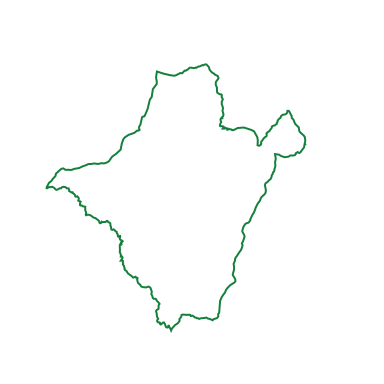 Campohermoso, Boyacá, Colombia (Mercator projection), rotated 331°
{"feature_id": "7082276B14856553435658", "entity_name": "Campohermoso", "entity_type": "district", "adm_level": 2, "iso_a3": "COL", "parent_name": "Colombia", "parent_adm1": "Boyacá", "projection": "mercator", "projection_center": [-73.141, 5.004], "detail": "fine", "context": "isolated", "style": "outline", "palette": "green", "viewbox_px": 384, "rotation_deg": 331, "n_neighbors": 0, "source": "geoboundaries", "source_scale": "gbopen_adm2", "svg_char_len": 6009}
<svg xmlns="http://www.w3.org/2000/svg" viewBox="0 0 384 384"><g transform="rotate(331 192 192)"><path d="M95.5,226.8L95.5,227.5L96.4,229.4L96.5,232.1L98.8,237.1L98.8,238.0L99.2,238.4L101.6,238.8L101.6,239.9L102.6,240.7L102.0,241.8L101.5,242.1L100.8,244.7L100.8,246.1L101.4,246.8L101.8,248.9L101.7,249.8L102.7,251.2L105.1,252.9L105.6,253.2L107.9,253.6L108.3,253.8L109.2,255.6L108.6,259.6L106.9,261.7L106.8,264.2L106.3,265.8L106.6,266.6L108.5,267.9L108.6,270.4L109.4,273.6L109.4,274.0L108.9,274.5L108.2,274.7L107.7,275.1L106.3,277.7L105.9,278.0L103.9,278.1L102.7,278.9L102.1,281.5L101.4,282.9L100.9,284.6L100.9,286.6L99.5,287.2L98.9,288.0L98.9,288.8L99.2,289.7L100.1,290.1L100.6,290.8L100.1,291.9L100.3,292.6L100.7,292.8L103.2,292.2L104.2,292.4L104.3,294.3L103.8,297.2L104.2,298.2L104.8,298.6L105.2,298.6L106.5,297.5L106.9,297.6L107.0,298.1L106.6,299.8L106.9,300.9L106.6,303.0L108.1,301.8L112.5,300.2L115.9,299.9L118.0,299.1L118.8,298.5L119.1,297.5L119.6,297.0L121.9,296.0L123.0,295.0L123.2,294.5L124.3,294.7L125.5,295.3L127.2,296.6L130.3,298.1L130.9,298.8L130.8,299.9L132.4,300.3L132.8,300.8L133.7,303.1L134.7,303.9L135.0,304.8L136.1,305.4L136.8,306.5L138.4,306.7L142.5,308.5L143.6,308.7L144.4,310.2L146.4,312.1L147.9,314.2L149.0,313.7L152.8,314.4L154.5,313.7L155.7,311.5L157.2,310.8L163.7,301.0L166.9,298.4L170.0,296.8L172.0,296.0L174.5,294.0L176.6,293.1L180.4,292.0L185.4,291.7L186.6,291.2L187.4,289.6L187.6,288.6L187.4,284.7L187.6,283.9L191.2,280.2L192.2,278.5L193.6,275.0L196.3,272.9L197.1,271.6L198.2,270.6L200.1,269.8L204.2,267.6L206.7,266.5L209.4,264.3L210.5,262.8L210.6,261.5L210.9,261.0L212.2,260.3L216.2,256.7L216.8,255.1L216.8,251.1L217.2,250.3L220.2,247.3L222.9,245.9L224.0,245.7L226.5,246.2L228.8,245.3L229.5,244.8L229.7,244.2L233.9,241.2L236.1,240.0L238.7,238.0L239.8,236.8L244.0,233.9L247.1,232.6L249.3,230.7L250.7,230.0L253.9,229.3L255.7,228.5L256.6,227.6L257.6,226.0L259.1,221.3L260.5,220.1L263.4,219.7L265.2,219.0L266.9,218.8L268.8,217.5L269.9,216.0L271.3,215.4L272.2,214.2L273.7,213.8L274.7,212.8L275.1,212.0L277.4,209.9L279.2,206.1L281.3,203.7L283.0,199.1L286.3,201.6L287.2,203.5L289.9,206.5L293.7,207.9L295.3,207.7L296.1,207.9L298.0,209.1L299.2,209.5L300.1,209.6L300.6,209.1L301.2,209.1L301.7,208.4L302.7,208.5L303.6,208.2L304.7,209.9L305.9,209.9L311.4,207.4L312.1,206.8L312.9,205.5L314.2,205.2L314.0,204.3L315.9,202.2L317.3,198.7L317.1,196.7L315.9,193.4L315.4,191.4L315.5,190.4L316.7,187.3L315.6,183.8L315.3,181.8L315.8,177.5L315.3,176.3L315.2,175.5L316.0,173.8L316.1,168.4L316.0,168.0L314.8,167.3L313.6,168.8L312.5,169.3L311.3,169.3L308.9,168.5L307.1,168.6L306.5,169.2L305.6,169.6L305.2,170.1L303.7,170.2L301.6,171.0L300.7,172.2L299.5,172.8L299.1,173.6L296.5,173.8L294.7,173.4L293.6,173.5L293.0,174.4L292.3,174.8L290.8,175.4L289.1,176.4L288.3,176.2L287.0,176.4L286.4,176.8L285.8,176.7L285.6,176.8L284.9,178.5L284.2,179.3L281.4,179.6L277.0,181.6L276.5,182.0L276.0,183.4L274.9,184.1L273.1,184.1L272.0,182.9L274.6,178.7L275.7,175.7L275.7,169.0L273.9,166.4L269.1,161.2L268.3,160.6L263.0,158.2L258.4,158.0L257.5,157.7L257.1,157.3L257.0,156.6L255.1,155.1L253.7,154.8L254.4,154.2L253.3,153.2L252.7,153.3L252.4,152.1L252.1,152.0L251.2,152.3L249.6,151.4L251.2,150.6L251.4,150.2L250.6,149.3L248.7,148.2L248.5,147.7L249.0,146.8L251.6,144.8L251.6,143.6L252.2,142.2L252.8,141.7L254.2,142.2L254.4,141.2L255.9,140.9L257.2,139.3L258.0,135.8L259.5,134.1L260.0,133.0L260.6,129.6L261.9,127.3L263.7,126.1L264.0,125.5L263.9,123.5L265.1,121.6L264.9,120.8L264.2,120.4L263.6,119.8L262.3,117.6L262.6,116.1L264.4,113.0L264.7,110.1L265.2,108.8L266.4,107.2L269.9,105.7L270.5,105.0L270.7,102.9L269.0,100.6L268.7,99.3L267.6,97.5L267.0,95.6L266.7,93.6L267.3,90.8L266.5,87.5L265.2,86.7L263.3,86.7L262.7,86.1L262.1,86.0L259.6,85.9L258.2,85.3L256.0,85.5L255.4,84.9L253.7,84.6L251.6,82.9L250.5,82.3L249.7,82.3L247.4,82.9L246.8,82.7L245.4,82.9L244.7,82.4L244.0,82.4L240.9,83.4L239.5,82.3L234.3,82.1L233.0,81.8L229.6,79.3L224.5,74.7L219.7,69.6L216.5,73.8L215.9,74.9L214.7,78.4L213.4,80.5L207.7,83.0L202.8,89.4L199.9,90.8L193.3,98.0L187.9,102.2L187.0,102.7L185.3,102.2L184.7,102.3L179.3,108.3L177.9,108.9L177.1,109.7L176.6,110.6L176.3,112.1L176.0,112.4L174.8,112.3L173.9,111.7L170.1,112.3L164.4,111.3L160.0,111.6L157.8,112.4L156.2,113.7L154.0,115.7L150.5,119.9L149.7,120.5L143.6,121.9L141.3,122.1L139.0,122.5L134.3,124.8L132.7,125.0L129.7,124.6L128.3,124.0L126.8,122.9L123.3,121.9L120.3,119.6L117.4,118.6L114.9,117.3L112.6,117.2L108.2,116.5L104.9,116.3L99.7,114.5L98.3,114.5L96.9,114.1L94.3,112.4L92.3,111.4L91.9,111.0L91.0,109.1L89.6,108.5L88.3,108.5L81.9,110.0L80.4,111.8L76.7,113.0L74.0,114.3L71.5,114.6L67.7,117.0L66.9,117.8L66.7,118.2L67.2,118.5L69.1,118.3L70.8,119.3L72.1,119.5L73.5,121.6L74.0,123.8L74.5,124.4L76.1,124.7L78.2,124.6L79.3,125.3L80.5,124.8L82.0,125.1L83.7,126.4L84.3,128.1L85.8,129.0L85.5,130.8L85.0,131.5L86.3,133.9L87.1,134.1L87.5,134.5L87.2,135.2L87.9,136.6L88.2,137.8L87.8,139.4L88.3,139.9L89.6,140.2L90.0,142.1L89.9,142.7L89.5,143.3L88.3,144.4L88.5,144.9L89.7,146.0L89.9,146.5L88.6,147.5L87.7,149.1L87.9,149.7L89.1,150.3L89.6,151.7L90.9,152.5L91.5,153.2L90.8,154.2L90.5,155.1L89.8,156.0L89.5,158.5L89.0,159.3L88.0,160.5L88.0,160.9L88.5,161.2L89.5,161.2L90.3,161.5L92.3,163.7L93.2,166.2L95.1,168.3L95.4,169.6L96.1,170.5L96.6,172.3L96.2,174.0L96.5,174.7L97.0,175.0L97.5,174.9L98.6,174.2L99.0,175.0L100.3,175.4L101.7,176.3L103.7,176.0L104.2,176.8L104.1,177.7L105.3,179.2L105.3,179.9L104.3,182.0L104.3,183.4L103.5,184.7L103.3,185.6L103.9,186.5L105.2,186.6L105.6,187.1L105.8,188.3L106.4,189.8L106.8,190.2L106.3,191.5L106.5,193.0L105.7,195.0L105.9,195.4L107.3,195.4L107.8,195.6L107.7,196.1L106.3,197.6L106.0,198.7L107.4,200.9L107.5,201.5L106.8,201.8L105.4,201.6L105.1,202.1L105.2,203.4L104.8,203.8L104.3,203.7L103.7,203.0L103.3,203.3L102.7,204.1L100.5,208.5L99.7,209.4L99.7,211.0L99.4,211.4L99.2,213.0L98.4,214.0L99.5,214.6L99.4,215.9L96.5,217.5L97.8,218.1L98.2,218.8L97.3,220.1L97.2,221.1L96.4,221.9L96.7,223.7L96.2,224.8L96.2,226.0L95.5,226.8Z" fill="none" stroke="#15803d" stroke-width="2"/></g></svg>